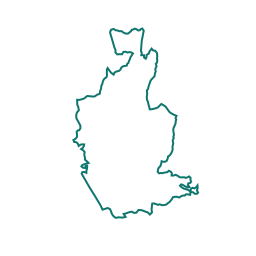 the district of Eugênio de Castro, Rio Grande do Sul, Brazil, rotated 148°
{"feature_id": "56859067B78433093473596", "entity_name": "Eugênio de Castro", "entity_type": "district", "adm_level": 2, "iso_a3": "BRA", "parent_name": "Brazil", "parent_adm1": "Rio Grande do Sul", "projection": "natural_earth1", "projection_center": [-54.267, -28.578], "detail": "fine", "context": "isolated", "style": "outline", "palette": "teal", "viewbox_px": 256, "rotation_deg": 148, "n_neighbors": 0, "source": "geoboundaries", "source_scale": "gbopen_adm2", "svg_char_len": 3760}
<svg xmlns="http://www.w3.org/2000/svg" viewBox="0 0 256 256"><g transform="rotate(148 128 128)"><path d="M192.9,72.3L187.7,70.9L186.3,69.0L186.5,66.4L187.1,64.2L187.2,62.1L186.8,60.2L186.0,58.3L183.2,57.2L180.3,55.0L177.2,53.9L177.2,57.4L175.6,56.8L173.7,56.4L171.6,56.0L169.0,54.9L167.8,52.7L165.7,51.8L162.5,52.9L159.9,51.0L158.7,49.4L157.7,48.0L156.0,46.1L155.3,43.0L152.4,43.7L151.2,46.4L149.7,48.3L148.6,49.8L147.4,51.1L145.9,50.2L144.5,48.6L143.3,46.9L141.7,46.6L140.1,44.6L138.1,43.4L136.0,42.8L134.1,43.1L132.1,43.2L129.9,43.9L128.1,44.6L126.5,45.5L124.7,44.8L123.0,43.8L121.4,41.9L119.5,42.0L117.6,41.8L115.6,40.6L114.0,41.0L112.4,40.0L110.8,38.4L108.9,40.5L109.5,43.2L111.4,45.5L112.8,47.0L113.9,49.2L114.5,51.5L112.8,52.0L111.7,50.7L110.2,47.8L108.8,45.9L107.2,45.4L107.4,48.0L106.2,49.1L104.5,48.4L102.9,49.0L102.6,50.8L101.3,52.7L101.8,54.5L103.4,54.6L105.3,55.0L106.5,56.5L108.9,57.8L110.3,59.0L111.0,60.8L112.4,63.1L114.5,63.5L116.2,64.6L114.8,66.4L114.9,68.2L116.0,70.1L118.0,69.7L120.8,70.9L122.9,71.5L124.1,72.5L125.7,73.1L126.0,75.3L124.4,77.0L122.8,78.1L120.8,78.5L118.6,80.3L117.1,82.0L116.0,80.7L114.6,79.8L112.8,79.6L110.6,81.0L109.2,82.6L107.7,82.6L105.7,83.2L103.9,84.2L102.6,85.1L101.5,86.2L100.4,88.2L98.9,89.9L97.7,91.1L97.2,92.8L96.1,94.3L94.7,95.1L94.0,96.8L92.7,97.7L91.6,100.4L90.4,102.8L88.7,104.4L86.8,105.5L85.0,106.9L84.0,108.5L82.7,109.4L82.4,111.2L80.4,112.6L81.5,114.1L82.5,115.6L83.5,117.6L84.3,119.3L84.5,121.4L84.6,123.7L84.8,126.2L85.8,128.5L87.0,130.7L89.3,130.2L91.6,129.6L94.4,130.1L97.9,131.3L99.7,132.4L98.8,134.6L98.2,137.1L97.3,139.3L96.9,141.8L95.7,144.3L93.9,146.4L92.9,148.2L92.1,149.9L90.3,150.5L88.8,152.1L86.6,153.9L84.2,155.9L82.2,156.8L80.4,157.2L78.0,157.9L76.4,159.8L74.6,161.2L73.8,163.2L72.7,164.3L71.1,165.2L70.4,167.7L68.6,168.2L67.5,169.6L66.6,171.5L65.1,173.4L63.7,176.3L64.0,179.1L65.6,180.5L65.9,182.8L69.5,181.4L70.8,180.1L73.4,180.1L74.8,178.3L76.2,177.4L77.0,179.3L75.8,181.2L78.1,182.7L76.6,184.3L76.2,186.4L70.5,194.2L64.8,200.4L63.1,202.1L63.2,204.8L64.7,205.1L66.2,204.7L67.7,205.3L68.5,207.4L69.7,208.7L71.2,208.7L72.7,209.3L74.2,208.5L76.1,208.3L77.5,208.0L79.0,208.6L80.4,209.9L81.3,211.4L82.2,213.6L84.1,214.7L85.4,216.5L86.7,217.4L87.7,219.6L90.3,220.3L92.4,218.8L93.1,216.9L93.6,215.0L96.1,206.1L96.8,203.7L97.3,200.7L98.6,198.7L98.1,196.1L96.1,195.1L94.0,193.7L91.6,194.9L89.6,194.0L88.5,192.3L86.5,191.6L85.2,190.4L84.3,188.6L86.4,187.6L88.5,186.6L90.1,185.2L91.8,184.2L93.1,183.0L94.7,182.8L96.0,181.6L97.8,182.3L99.8,183.0L101.8,182.7L103.5,181.5L105.4,181.2L108.1,182.1L110.2,182.1L111.9,180.9L113.1,183.9L113.5,189.6L114.9,188.8L116.0,187.1L117.0,185.5L118.0,183.7L119.4,182.4L121.3,182.4L122.8,182.0L124.5,180.9L126.3,179.1L128.5,177.7L129.9,175.7L131.9,174.3L133.8,172.0L136.6,172.6L139.2,172.4L140.9,173.1L142.3,174.2L144.2,175.7L145.6,176.7L147.2,176.6L148.9,176.3L151.1,176.6L154.3,177.6L156.2,178.9L158.6,174.8L159.1,172.0L160.3,169.1L163.1,168.2L165.2,166.2L166.6,163.7L166.8,160.9L166.9,158.3L167.1,155.4L168.6,152.9L170.6,152.0L172.0,152.6L173.7,151.8L174.8,149.2L176.1,147.4L178.5,146.6L180.6,146.8L181.1,144.8L179.4,143.4L178.8,141.5L179.3,138.9L177.0,139.0L175.5,138.4L173.9,137.3L175.1,136.0L177.0,135.1L178.9,134.9L177.7,132.6L177.5,130.5L178.7,129.3L179.6,127.8L180.3,125.4L181.3,124.0L180.6,121.8L180.0,119.3L182.1,119.9L184.4,120.4L186.5,120.8L187.9,120.1L187.2,118.2L185.5,116.8L184.0,118.2L182.6,117.6L184.1,115.5L185.8,113.9L187.1,112.0L188.4,113.9L190.1,114.8L191.5,113.8L192.1,97.9L192.1,93.5L192.1,85.5L192.2,83.4L192.2,80.8L192.3,76.6L192.9,72.3ZM108.9,40.5L107.0,39.2L106.2,36.8L104.4,35.7L102.8,36.1L102.6,38.6L100.8,40.1L99.6,42.4L101.4,41.7L103.5,41.5L105.0,43.1L107.2,42.9L108.9,40.5Z" fill="none" stroke="#0f766e" stroke-width="2"/></g></svg>